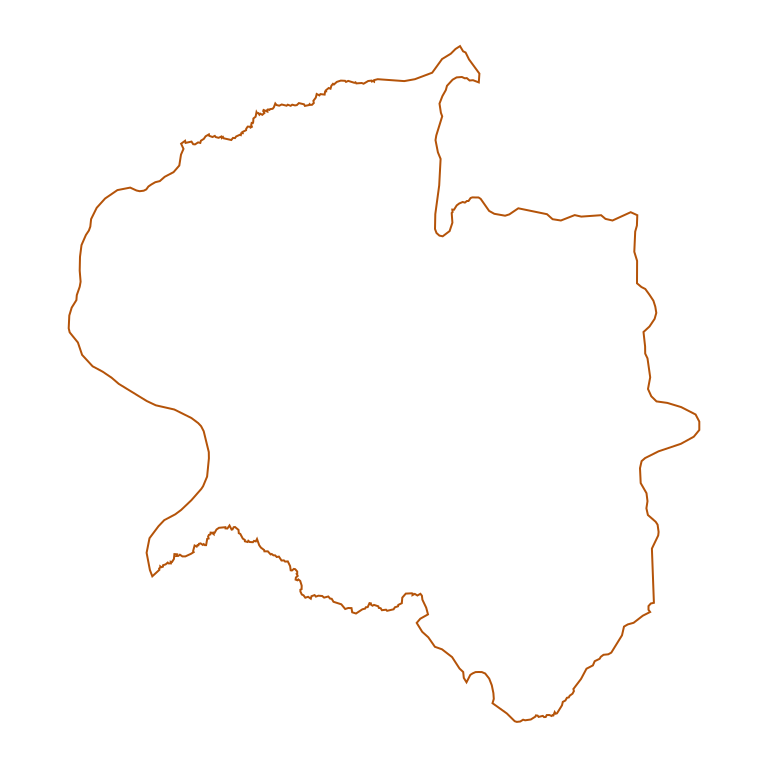 Nadowli-kaleo, Upper West, Ghana (Natural Earth projection)
{"feature_id": "2480657B27045720373273", "entity_name": "Nadowli-kaleo", "entity_type": "district", "adm_level": 2, "iso_a3": "GHA", "parent_name": "Ghana", "parent_adm1": "Upper West", "projection": "natural_earth1", "projection_center": [-2.713, 10.287], "detail": "fine", "context": "isolated", "style": "outline", "palette": "amber", "viewbox_px": 768, "rotation_deg": 0, "n_neighbors": 0, "source": "geoboundaries", "source_scale": "gbopen_adm2", "svg_char_len": 6056}
<svg xmlns="http://www.w3.org/2000/svg" viewBox="0 0 768 768"><path d="M653.9,602.8L651.9,548.6L658.2,535.5L658.6,532.0L657.6,524.7L655.7,521.8L647.9,515.0L646.4,508.3L647.5,501.2L646.5,493.2L640.7,483.1L640.0,468.2L641.6,461.1L645.2,458.0L658.6,451.3L680.9,443.8L693.8,436.7L699.3,430.0L699.3,421.6L695.6,414.5L681.2,407.1L667.3,402.9L656.5,401.4L651.3,396.3L648.0,389.0L650.2,377.3L647.5,358.4L645.2,353.6L645.1,346.5L643.5,332.0L649.5,326.5L654.6,318.9L656.3,312.9L655.3,306.7L653.4,300.7L649.5,294.8L645.3,289.0L641.4,287.0L637.0,283.3L637.1,260.9L634.3,251.8L635.2,231.6L636.9,225.6L637.3,215.2L630.7,212.2L612.5,220.5L605.5,218.9L601.1,215.2L581.3,216.6L574.7,215.1L560.9,220.5L552.6,219.2L547.0,214.2L518.3,208.3L509.3,214.4L505.1,215.7L494.3,213.8L489.1,210.9L480.7,198.9L478.6,197.5L472.3,197.4L470.6,198.0L468.5,201.0L466.9,201.0L464.9,202.6L462.7,202.0L459.2,203.5L456.7,205.4L454.0,209.7L452.3,209.6L452.6,212.1L451.7,213.0L452.4,222.7L449.6,231.1L442.7,236.3L439.4,235.6L436.5,233.0L435.0,229.0L435.3,214.1L439.2,185.4L440.6,158.9L437.9,152.3L435.5,140.1L436.3,135.4L442.2,116.3L440.9,112.8L439.5,103.6L442.4,96.1L445.8,90.1L447.0,85.8L452.6,79.7L456.6,77.4L461.9,77.0L464.8,78.3L466.8,78.1L469.6,80.5L473.0,80.2L478.8,82.4L479.4,73.6L469.0,59.4L465.6,52.5L463.1,51.3L460.0,46.1L455.5,49.0L450.8,53.7L442.1,59.0L432.2,72.7L414.9,79.2L404.3,81.1L377.7,79.2L374.2,80.1L374.1,81.6L373.0,80.9L371.9,81.5L371.5,80.6L368.2,81.0L363.6,83.7L361.7,83.0L356.3,83.4L355.5,82.3L354.4,82.8L348.2,80.9L346.0,81.9L345.0,80.8L340.8,80.6L336.8,81.9L333.9,84.5L333.0,83.8L331.4,85.7L330.5,88.7L328.7,88.0L325.8,90.4L326.1,91.4L325.1,91.6L324.6,94.6L320.4,94.1L319.4,95.4L316.7,94.0L315.8,97.6L313.4,100.8L313.8,103.0L312.0,104.8L310.0,104.9L309.6,104.2L308.8,105.1L304.9,105.9L304.0,104.3L298.9,103.1L296.8,105.1L295.0,105.4L292.2,104.7L290.7,105.8L287.7,104.7L286.6,105.7L281.7,104.5L279.2,105.7L276.5,105.0L275.3,103.5L273.8,107.4L272.6,108.8L270.1,109.1L269.5,109.9L268.0,109.4L267.3,109.8L267.4,111.6L263.6,110.0L263.2,111.1L264.4,113.0L262.3,114.8L260.3,113.7L259.4,114.7L258.4,113.1L257.1,113.2L256.5,112.1L255.6,116.7L253.4,118.5L253.2,122.1L252.8,123.1L251.7,122.9L251.2,125.0L251.9,126.8L250.5,127.6L249.9,126.7L247.7,126.6L246.2,128.8L246.1,130.2L242.4,132.0L242.7,133.2L241.3,133.2L240.8,135.1L240.0,134.7L236.1,136.5L235.0,138.1L233.0,137.9L231.3,140.0L223.7,138.3L223.0,137.0L221.8,138.0L221.4,136.5L218.6,137.8L215.8,137.1L214.8,135.9L212.5,137.0L209.2,135.8L208.9,134.4L205.6,136.3L203.8,138.9L200.9,140.7L200.3,142.9L198.1,142.4L195.0,144.4L193.2,144.2L191.5,141.6L185.6,142.9L185.1,140.8L181.1,143.7L183.5,148.9L181.0,154.6L179.3,165.5L173.6,172.1L164.7,176.8L159.8,181.1L155.3,182.2L151.3,184.5L148.4,186.5L146.3,189.4L143.7,190.7L139.7,191.2L136.5,190.5L130.2,187.6L117.4,190.1L105.1,198.5L96.7,207.8L91.1,219.1L90.3,226.6L88.9,230.5L85.9,235.0L81.5,245.1L80.0,256.8L79.7,270.7L80.6,281.7L79.7,286.8L76.8,295.1L76.4,300.1L71.7,307.6L69.3,315.5L68.7,328.3L69.7,332.4L77.9,342.5L82.1,354.9L92.6,366.3L102.7,371.7L111.7,377.8L118.8,383.9L146.7,401.0L155.8,405.3L174.3,409.5L191.4,418.0L198.2,423.1L201.1,426.2L203.7,431.2L208.8,452.1L208.9,458.4L207.1,476.6L203.1,486.2L201.3,488.9L191.4,500.2L181.2,509.9L175.3,514.3L164.3,520.1L158.5,526.2L149.5,538.2L146.6,552.8L149.9,570.0L152.3,576.3L159.4,569.8L159.1,568.6L160.3,567.4L160.3,566.4L161.4,567.2L162.9,566.7L163.1,565.2L165.6,564.4L167.7,562.6L168.4,563.4L170.9,563.4L170.7,561.7L172.0,562.0L173.9,559.0L174.4,554.1L177.0,554.3L176.4,556.0L178.3,555.9L179.9,554.7L182.4,556.4L185.4,556.4L191.0,553.8L193.7,552.1L193.1,551.1L194.6,545.5L196.7,546.6L197.5,545.1L198.4,545.3L199.0,543.8L200.6,543.4L202.8,544.9L203.7,544.1L204.8,545.1L206.1,545.1L207.2,538.9L208.6,538.5L208.1,536.5L208.9,534.9L210.4,534.4L210.6,532.6L211.8,532.7L213.7,534.2L213.7,532.6L214.6,532.8L216.5,529.5L219.0,527.8L225.4,527.2L225.5,528.4L227.4,528.5L229.5,525.5L231.6,529.6L232.5,529.4L233.7,527.2L235.0,527.0L238.5,529.9L238.8,533.2L240.3,533.9L242.8,538.6L244.8,539.9L244.9,541.3L247.6,542.0L248.3,540.8L249.7,542.0L252.9,542.2L254.0,540.9L255.8,541.4L257.0,539.0L259.2,545.2L260.9,547.6L264.1,550.0L264.4,551.3L267.8,551.3L270.6,554.4L271.7,554.0L273.4,555.3L275.2,555.4L276.7,557.0L278.9,556.6L281.5,560.5L283.9,560.4L285.1,561.6L287.8,561.4L290.1,566.1L290.7,570.3L291.9,570.5L293.9,568.9L295.2,569.2L297.2,571.5L297.2,573.8L296.7,574.0L297.7,575.9L295.9,577.5L295.6,579.6L297.4,580.3L298.3,579.4L300.2,580.9L301.7,585.7L301.6,589.1L300.4,589.7L300.4,591.5L301.8,594.5L303.5,595.3L305.3,597.7L308.1,596.8L310.8,598.7L311.5,596.2L314.6,595.1L315.9,596.6L318.4,595.7L322.2,596.0L324.1,597.6L328.3,596.5L330.1,598.6L331.7,598.8L333.5,601.8L341.3,604.3L345.2,609.0L348.2,608.0L351.5,608.1L352.2,612.3L356.0,613.5L362.4,609.3L365.1,608.6L365.8,607.3L367.7,607.1L369.5,603.1L370.9,603.4L370.8,604.5L372.5,605.7L374.0,604.9L378.3,606.3L378.8,607.9L380.6,608.2L381.9,610.2L386.0,609.7L387.1,610.8L393.6,609.3L394.9,607.3L398.0,606.3L398.3,604.9L401.8,603.2L402.3,597.6L405.8,593.6L411.9,593.3L412.6,593.6L412.5,595.1L414.8,593.9L417.4,595.5L420.4,593.8L421.9,595.7L422.4,599.7L426.2,607.7L428.0,614.4L420.3,618.7L416.7,622.9L422.2,631.8L428.3,637.3L434.9,646.8L442.0,649.3L452.1,657.1L459.5,668.5L463.2,672.0L463.8,677.9L466.5,682.3L470.3,674.9L472.6,673.4L475.5,672.1L478.6,672.0L481.9,672.1L485.2,673.5L489.2,678.6L491.8,685.3L493.4,693.1L493.8,698.9L492.5,703.2L506.9,713.5L514.7,721.2L516.8,721.9L520.3,721.5L523.1,719.7L525.1,720.3L530.8,719.5L535.4,716.6L535.9,715.4L537.6,715.6L538.6,716.9L542.8,715.9L544.1,717.1L545.7,717.0L546.7,715.1L549.3,715.0L551.7,716.0L552.5,715.1L553.4,715.4L554.7,712.1L555.7,713.7L557.0,713.3L562.0,705.3L562.8,701.9L565.4,700.5L566.9,697.8L568.8,697.4L569.7,695.7L572.5,693.7L573.9,691.1L573.4,689.0L581.0,679.0L586.5,668.7L592.9,665.4L594.7,661.2L599.6,658.8L600.8,656.8L603.5,654.8L608.3,654.3L611.3,652.6L622.0,635.3L624.0,626.6L627.8,624.4L633.6,622.8L642.8,615.7L650.1,612.0L648.5,609.8L648.5,606.1L650.8,603.5L653.9,602.8Z" fill="none" stroke="#b45309" stroke-width="2"/></svg>